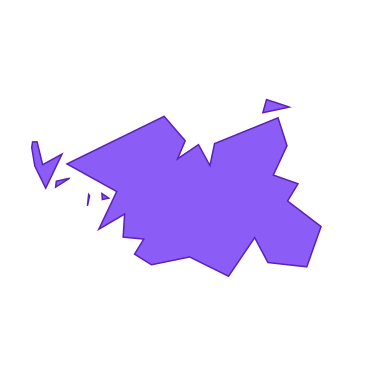 the State of Schleswig-Holstein, rotated 331°
{"feature_id": "DEU-1579", "entity_name": "Schleswig-Holstein", "entity_type": "State", "adm_level": 1, "iso_a3": "DEU", "parent_name": "Germany", "parent_adm1": "", "projection": "mercator", "projection_center": [9.834, 54.215], "detail": "coarse", "context": "isolated", "style": "filled", "palette": "violet", "viewbox_px": 384, "rotation_deg": 331, "n_neighbors": 0, "source": "natural_earth", "source_scale": "10m", "svg_char_len": 752}
<svg xmlns="http://www.w3.org/2000/svg" viewBox="0 0 384 384"><g transform="rotate(331 192 192)"><path d="M96.2,106.8L204.3,112.3L210.9,143.9L195.4,156.0L220.6,153.7L220.5,177.6L235.2,160.6L303.2,168.8L297.5,197.6L271.3,216.6L288.7,236.2L271.2,246.2L288.1,284.8L256.1,313.1L224.2,290.5L224.7,262.3L183.1,283.4L158.4,247.6L121.3,236.0L111.6,218.5L127.0,209.8L109.9,198.1L122.4,178.6L92.4,179.4L126.4,155.1L96.2,106.8ZM302.0,147.3L318.1,164.8L292.4,157.0L302.0,147.3ZM80.8,73.0L74.6,95.7L96.7,95.8L65.9,117.7L67.1,93.1L73.4,75.3L76.9,70.9L80.8,73.0ZM78.6,116.8L91.7,120.6L75.1,121.6L78.6,116.8ZM112.5,149.7L116.2,157.0L109.9,155.1L112.5,149.7ZM93.8,153.5L100.4,144.1L100.6,145.6L93.8,153.5Z" fill="#8b5cf6" stroke="#5b21b6" stroke-width="1.5"/></g></svg>